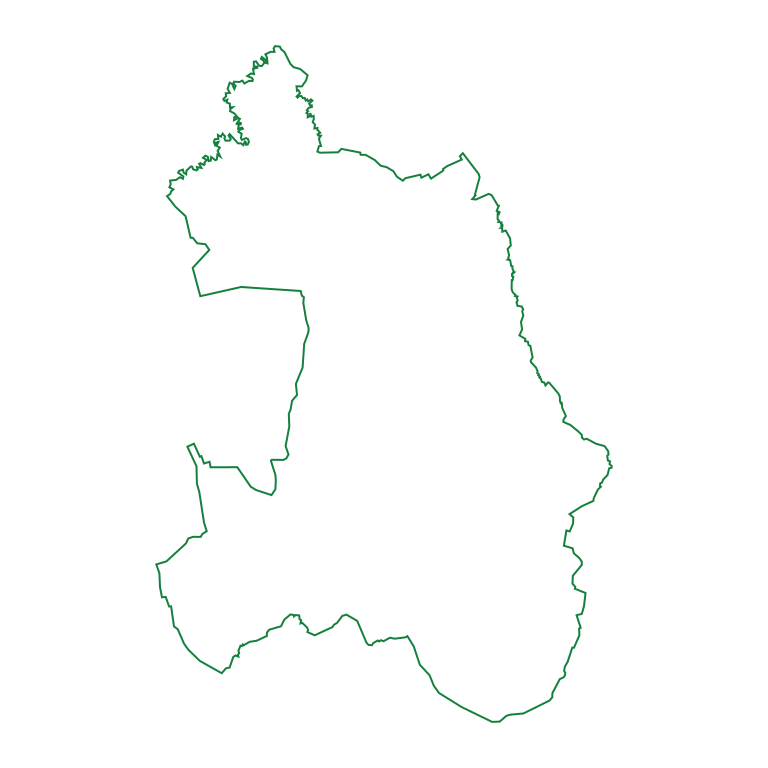 Chakkarat, Nakhon Ratchasima, Thailand
{"feature_id": "78962969B888378696775", "entity_name": "Chakkarat", "entity_type": "district", "adm_level": 2, "iso_a3": "THA", "parent_name": "Thailand", "parent_adm1": "Nakhon Ratchasima", "projection": "robinson", "projection_center": [102.436, 14.968], "detail": "fine", "context": "isolated", "style": "outline", "palette": "green", "viewbox_px": 768, "rotation_deg": 0, "n_neighbors": 0, "source": "geoboundaries", "source_scale": "gbopen_adm2", "svg_char_len": 6063}
<svg xmlns="http://www.w3.org/2000/svg" viewBox="0 0 768 768"><path d="M462.8,153.2L459.9,156.2L461.7,159.6L447.6,165.9L443.1,168.9L443.4,170.2L442.1,171.4L431.0,178.6L428.4,174.3L421.4,177.7L420.5,174.7L405.4,178.2L402.9,180.7L396.9,176.7L393.4,171.2L386.5,167.1L380.8,165.8L374.7,160.0L365.7,154.9L360.6,154.8L360.3,152.6L341.4,148.9L338.1,152.3L320.0,152.7L317.4,151.6L318.9,146.2L321.0,146.0L318.9,138.7L320.9,135.7L318.3,135.6L317.6,134.3L320.2,132.8L317.3,129.7L317.5,128.0L314.4,128.5L315.0,124.6L312.7,122.1L313.8,119.2L313.6,115.9L311.3,116.7L310.4,113.1L309.8,116.2L307.7,117.3L307.9,113.9L306.5,113.0L308.1,111.3L306.8,110.2L308.8,107.8L311.9,107.0L311.8,105.3L310.0,105.3L309.2,103.7L312.4,100.6L311.0,99.4L308.1,101.4L307.1,99.4L305.7,100.5L304.7,97.9L302.9,98.2L301.4,96.0L299.1,96.1L297.6,97.6L296.6,96.5L300.1,93.1L298.5,90.2L297.0,90.8L296.5,86.3L301.9,86.4L306.0,80.5L307.6,75.2L300.1,69.0L293.6,67.2L290.4,63.9L284.4,52.0L280.9,49.0L279.9,46.6L275.1,46.1L273.6,48.4L274.5,51.9L270.4,51.9L265.4,54.3L266.9,57.2L267.5,63.4L266.1,63.0L265.7,59.8L261.8,56.9L260.9,58.9L263.5,60.6L264.4,62.9L261.7,66.1L259.2,65.8L256.1,61.4L253.8,61.7L253.8,66.5L257.1,66.5L257.3,67.8L253.0,68.8L254.0,74.1L250.9,73.5L247.3,76.0L251.7,77.9L252.9,79.6L252.4,81.1L249.2,80.8L244.3,83.5L242.4,80.6L239.4,82.0L234.0,81.7L233.3,83.2L235.7,85.9L234.3,89.0L232.1,83.9L229.7,82.7L227.6,88.9L229.8,92.9L225.7,93.3L226.2,96.3L223.3,99.0L224.4,101.0L227.3,99.7L226.7,102.5L229.9,103.7L230.0,107.4L232.8,107.2L230.3,109.2L230.0,111.1L234.3,113.4L237.0,116.6L234.3,117.2L234.0,120.2L238.3,118.0L239.9,118.9L236.6,123.8L237.8,124.3L239.2,122.5L240.8,123.0L240.8,124.3L238.8,125.0L238.1,128.6L242.1,127.6L242.9,128.8L239.4,130.0L238.3,131.7L241.7,133.8L240.9,137.9L241.9,139.9L246.0,138.1L248.1,139.1L248.9,142.1L247.6,144.6L245.9,144.7L245.9,142.3L244.9,141.5L243.2,145.2L241.1,143.3L238.1,143.4L229.6,134.1L228.6,135.4L230.8,139.2L229.6,140.7L225.5,140.7L224.4,138.5L225.0,136.3L222.6,133.6L221.0,136.7L217.9,135.0L218.3,139.0L214.8,139.2L213.8,142.0L215.0,144.8L215.9,142.6L218.5,141.9L216.5,145.7L219.8,147.7L217.6,150.9L220.3,156.6L217.4,154.6L216.8,159.5L215.4,160.2L211.2,157.0L210.7,160.6L208.7,161.1L207.8,156.8L205.3,155.7L203.0,157.8L206.9,160.0L204.4,162.5L204.7,164.4L203.8,165.0L200.4,163.1L199.2,163.8L201.4,167.9L196.9,167.1L197.7,169.5L196.5,170.4L193.1,169.3L192.2,166.7L191.0,166.4L186.5,170.5L186.2,174.3L183.6,172.6L182.9,169.6L179.1,170.9L178.1,172.7L183.4,176.4L182.9,178.8L180.0,177.2L176.1,179.9L170.0,180.6L170.7,184.1L169.4,187.3L173.4,189.4L171.1,191.4L170.3,193.9L167.0,196.1L175.4,206.7L185.6,216.2L190.6,237.8L192.8,237.8L197.2,243.3L205.4,244.2L209.3,249.9L192.7,267.9L200.3,296.2L241.0,287.0L300.7,291.0L301.8,295.6L303.9,297.2L303.3,302.9L306.3,320.6L308.7,328.1L308.3,332.5L304.2,343.9L302.6,367.6L295.9,383.9L297.0,395.0L292.1,400.7L290.5,410.0L288.8,413.7L289.3,426.5L285.6,446.1L288.5,454.5L286.4,458.3L283.5,459.9L271.7,459.8L270.9,460.7L275.4,474.9L275.8,480.3L275.4,489.2L271.5,495.1L256.0,490.0L250.7,486.7L237.3,467.2L210.6,467.3L209.5,461.8L204.0,463.5L201.4,456.1L199.9,456.8L193.9,443.7L187.4,446.7L196.5,466.3L196.9,483.6L199.3,492.1L204.0,522.5L206.7,531.2L202.3,534.0L200.7,536.9L193.2,536.8L188.3,538.5L186.0,543.4L166.4,561.4L156.3,564.4L159.4,573.2L160.0,587.2L162.0,597.3L165.7,596.9L169.1,606.5L171.1,606.4L174.0,626.4L177.8,629.3L183.9,643.4L188.3,649.7L199.8,660.9L221.7,673.2L226.0,668.3L229.6,667.5L233.3,656.9L235.3,655.5L238.4,656.6L237.9,654.8L239.2,653.1L238.4,650.8L240.5,645.7L241.9,646.0L242.8,644.5L243.4,645.4L249.7,641.8L256.5,640.8L266.8,636.0L267.0,632.5L269.2,629.7L281.0,626.3L284.4,619.5L290.4,614.5L294.3,615.1L294.2,616.2L295.7,615.1L299.2,615.4L299.6,619.3L301.1,620.1L300.5,623.4L302.1,622.8L307.0,627.4L308.1,629.8L307.4,632.0L314.7,635.3L332.4,627.1L334.0,624.7L337.0,623.0L342.3,615.9L346.4,614.6L357.2,620.9L366.5,642.7L368.5,644.9L371.9,645.2L373.3,643.0L377.8,640.5L379.0,641.5L380.9,640.2L383.6,641.2L390.0,637.7L394.6,638.7L405.6,637.3L407.4,636.1L413.8,646.5L419.8,664.7L429.6,675.3L433.8,685.7L439.0,693.0L461.5,707.0L492.1,721.9L499.7,721.6L506.3,715.9L510.0,714.7L523.3,713.5L549.6,700.5L552.3,697.2L552.4,693.1L559.8,679.1L563.8,677.2L565.0,675.1L565.3,673.0L564.1,671.1L564.8,666.8L567.7,661.7L572.3,647.6L574.0,647.7L579.4,635.2L579.1,628.6L580.7,627.8L576.6,615.2L581.8,613.9L584.0,606.2L585.5,593.0L574.8,588.7L575.3,586.9L572.5,583.7L572.8,575.8L581.8,564.9L581.8,561.7L579.4,558.1L573.8,553.3L572.6,548.3L563.9,545.7L566.4,530.5L569.7,531.4L573.1,523.6L573.3,517.4L569.5,514.1L582.2,506.0L593.4,500.9L593.7,498.3L597.9,489.5L600.9,486.7L599.9,485.8L600.3,483.2L601.9,482.7L603.2,479.5L607.5,475.1L609.2,468.3L611.6,467.7L611.7,466.0L609.5,464.0L610.0,461.3L607.9,460.5L607.2,455.9L608.5,454.6L608.2,451.2L604.6,446.1L596.1,443.8L586.6,438.7L584.0,439.5L581.9,437.5L581.8,434.8L578.1,431.3L570.4,425.0L563.3,421.9L563.6,419.3L565.9,416.0L562.2,407.9L561.9,404.0L560.9,403.6L561.5,402.6L560.0,401.7L559.8,396.4L558.4,393.6L549.2,382.7L547.9,382.5L545.5,385.5L544.2,382.5L541.8,381.9L540.9,378.7L539.4,377.6L540.0,376.6L538.2,375.3L538.9,374.3L537.2,373.0L537.6,371.3L536.0,367.6L530.9,362.1L530.8,360.3L532.6,357.5L530.3,345.8L528.6,345.2L527.9,341.7L525.0,341.2L525.3,338.9L519.4,335.4L522.1,329.4L521.0,322.0L523.3,315.6L522.2,311.1L523.2,309.4L521.7,306.5L517.5,305.9L516.5,302.2L517.7,300.5L516.7,297.5L517.5,296.5L515.0,296.0L515.5,295.0L512.6,292.1L511.6,288.7L511.8,280.1L512.6,280.2L513.3,276.6L512.1,276.2L511.9,274.4L514.1,272.5L512.9,272.5L513.7,271.1L512.4,268.7L512.5,266.3L511.2,266.0L510.2,260.3L507.9,259.7L508.9,259.2L508.2,258.2L509.1,255.3L507.6,249.0L510.8,245.5L510.1,238.4L505.7,230.5L502.3,231.7L502.2,228.0L501.0,227.9L502.1,227.2L502.4,225.9L501.3,225.7L502.2,224.4L501.0,223.7L501.4,222.4L498.3,222.0L499.0,220.7L497.6,219.1L497.7,213.0L498.8,214.0L499.6,212.2L496.7,210.9L498.8,205.8L497.9,205.7L491.6,195.1L488.6,193.9L476.0,199.5L472.3,199.1L475.5,195.3L474.9,194.8L479.6,177.3L478.7,174.0L462.8,153.2Z" fill="none" stroke="#15803d" stroke-width="2"/></svg>